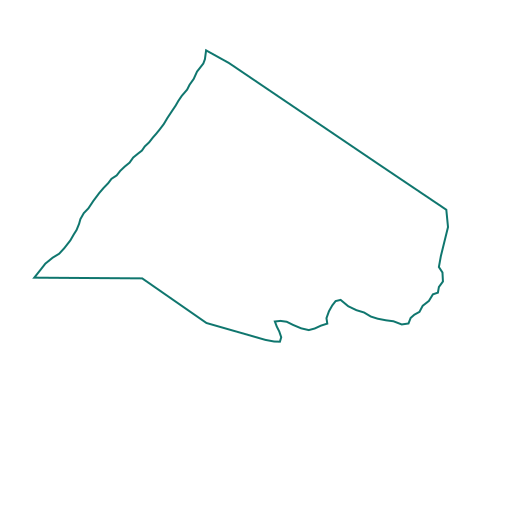 outline of Emas, Paraíba, Brazil, rotated 308°
{"feature_id": "56859067B29594982157265", "entity_name": "Emas", "entity_type": "district", "adm_level": 2, "iso_a3": "BRA", "parent_name": "Brazil", "parent_adm1": "Paraíba", "projection": "equal_earth", "projection_center": [-37.76, -7.097], "detail": "fine", "context": "isolated", "style": "outline", "palette": "teal", "viewbox_px": 512, "rotation_deg": 308, "n_neighbors": 0, "source": "geoboundaries", "source_scale": "gbopen_adm2", "svg_char_len": 1250}
<svg xmlns="http://www.w3.org/2000/svg" viewBox="0 0 512 512"><g transform="rotate(308 256 256)"><path d="M102.4,94.6L168.3,180.1L172.7,258.2L195.7,315.1L199.8,323.0L203.2,327.6L207.5,325.9L210.9,320.7L213.2,315.8L216.0,311.2L219.9,315.2L223.1,320.7L224.5,327.6L226.8,336.1L230.1,343.2L235.0,346.9L241.2,350.1L246.6,353.8L250.4,349.8L257.4,347.5L264.0,346.5L269.5,346.5L273.5,349.7L273.2,359.6L275.1,368.4L278.0,375.9L279.0,383.8L281.5,390.5L285.4,398.1L289.2,404.5L291.8,413.0L296.7,417.7L302.4,416.0L307.2,416.9L312.6,419.2L319.4,418.0L327.0,419.9L334.7,419.0L339.1,421.9L344.2,419.2L351.0,419.0L357.8,413.1L359.9,406.9L369.8,401.7L397.0,389.5L409.6,377.5L403.7,294.7L398.2,214.7L391.4,115.8L387.3,90.1L379.6,94.6L375.2,96.0L370.1,96.0L365.0,96.0L357.2,97.9L350.2,98.2L344.7,99.3L336.6,98.9L330.6,99.3L325.0,100.1L319.2,100.5L310.3,101.2L303.2,102.1L296.0,102.2L290.9,102.1L286.0,101.8L279.7,101.8L273.9,100.9L268.8,101.2L264.5,100.1L258.0,98.6L251.7,98.9L245.6,97.5L239.6,96.6L233.7,96.6L227.9,94.6L222.5,94.7L215.8,94.0L209.2,93.7L199.4,93.9L190.3,94.6L183.8,93.9L177.0,94.9L172.4,96.8L166.0,98.6L161.0,99.1L154.0,100.1L144.1,100.1L136.6,99.5L129.5,96.8L120.3,94.7L111.9,94.7L102.4,94.6Z" fill="none" stroke="#0f766e" stroke-width="2"/></g></svg>